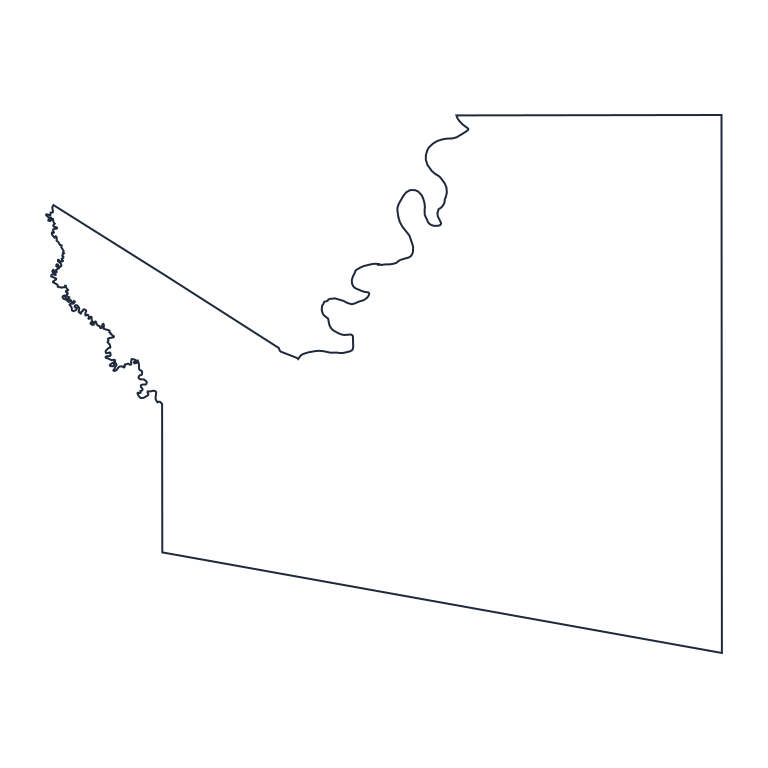 Tarapacá, Amazonas, Colombia, rotated 90°
{"feature_id": "7082276B95886697546678", "entity_name": "Tarapacá", "entity_type": "district", "adm_level": 2, "iso_a3": "COL", "parent_name": "Colombia", "parent_adm1": "Amazonas", "projection": "albers", "projection_center": [-70.159, -2.606], "detail": "fine", "context": "isolated", "style": "outline", "palette": "slate", "viewbox_px": 768, "rotation_deg": 90, "n_neighbors": 0, "source": "geoboundaries", "source_scale": "gbopen_adm2", "svg_char_len": 6163}
<svg xmlns="http://www.w3.org/2000/svg" viewBox="0 0 768 768"><g transform="rotate(90 384 384)"><path d="M552.4,605.7L653.0,46.1L115.0,46.5L115.4,311.6L117.3,311.0L120.5,309.1L124.6,305.3L128.1,300.4L128.9,299.7L129.9,299.9L131.8,302.3L137.3,311.4L138.4,315.4L138.7,321.6L139.3,325.3L140.9,330.5L143.5,334.9L147.4,339.1L150.3,340.7L155.1,342.1L159.6,342.2L164.9,340.6L171.0,336.2L173.1,333.7L173.5,333.5L175.7,329.7L177.7,327.4L183.8,323.0L187.7,321.5L192.7,321.2L197.4,322.3L198.9,323.1L202.9,323.6L206.2,325.5L207.6,326.9L209.2,329.4L213.3,330.6L216.3,330.2L222.6,327.1L223.8,327.0L224.5,327.3L225.2,328.0L225.7,329.5L225.9,334.0L224.9,336.9L223.7,338.7L222.1,340.1L219.5,341.0L216.5,342.6L214.3,343.3L209.5,343.4L207.1,343.1L203.1,343.5L198.5,344.8L195.3,346.3L191.6,349.7L190.2,352.8L190.0,356.7L190.4,358.5L192.4,361.9L196.1,364.8L203.6,369.1L207.6,370.5L210.6,370.6L216.7,369.7L221.7,368.3L226.6,365.7L235.5,358.6L245.2,355.3L247.2,354.9L251.2,355.0L253.4,355.5L256.0,357.0L257.4,359.0L260.0,368.0L262.9,371.8L263.9,375.2L264.3,377.9L264.5,384.0L265.0,386.2L264.4,388.1L264.9,388.3L264.9,389.7L264.6,390.4L264.2,390.4L264.1,388.9L263.9,390.2L263.8,392.4L264.0,395.7L266.0,404.1L267.8,408.1L270.0,411.9L271.4,412.8L273.7,413.6L275.8,414.8L279.6,416.1L281.1,416.2L283.8,415.9L286.5,414.6L288.2,412.7L291.0,406.2L291.8,403.7L292.4,399.8L293.1,399.0L294.1,398.8L296.2,399.7L297.9,401.1L300.2,404.3L301.4,408.5L303.8,414.2L304.2,416.4L303.0,420.5L300.9,424.5L298.4,432.9L298.9,438.0L299.5,439.6L300.6,440.3L301.3,441.5L301.8,443.8L304.1,444.7L305.5,445.8L309.7,446.3L312.8,445.5L315.2,444.3L318.6,439.9L324.8,438.7L327.5,437.4L329.4,435.9L330.5,434.5L333.2,429.7L334.6,426.1L335.0,423.6L334.5,417.2L335.0,416.1L336.1,415.1L346.8,414.8L349.4,415.3L350.4,416.2L351.4,418.2L352.8,424.0L353.1,427.3L352.6,431.2L352.7,437.6L351.2,444.4L350.8,448.7L351.1,452.8L352.3,459.4L354.0,464.9L355.5,467.3L359.0,469.8L358.4,470.2L357.1,473.1L351.7,487.1L350.5,488.4L348.2,489.0L347.8,489.5L274.4,604.3L205.1,714.5L206.5,715.4L207.8,715.7L211.5,715.0L212.4,715.3L212.6,717.4L215.0,717.7L215.1,718.5L214.3,721.1L214.5,721.8L215.0,721.9L217.4,719.6L217.3,717.6L217.6,717.0L218.3,717.2L219.7,719.5L220.3,719.7L220.7,719.5L221.0,717.9L220.1,716.6L218.8,715.6L219.0,715.0L222.4,714.4L223.7,713.2L225.0,714.6L225.8,714.8L226.7,713.8L227.4,711.3L228.1,710.9L228.7,711.5L228.8,713.7L229.3,714.8L230.6,714.9L232.5,714.1L232.9,714.5L232.6,716.1L233.9,716.2L235.1,715.6L237.7,713.5L237.6,712.8L236.7,712.6L236.3,712.3L236.7,711.6L238.4,711.2L240.7,711.4L242.2,709.5L244.9,708.1L245.4,706.4L247.2,706.7L251.1,704.3L252.8,705.1L253.3,704.0L255.3,705.7L255.9,705.7L256.8,704.6L257.7,704.6L258.2,705.1L258.5,706.1L258.9,706.4L259.8,706.0L260.6,705.1L261.2,705.2L261.5,705.9L261.2,708.4L259.8,709.4L259.8,709.9L260.5,710.1L261.3,710.0L262.8,707.8L263.9,707.0L265.3,706.6L266.1,706.8L266.8,707.7L266.9,708.6L264.4,710.4L264.4,711.2L265.1,711.7L266.1,711.7L267.4,710.0L268.3,709.3L269.8,711.8L270.6,711.8L271.6,711.3L272.2,711.4L272.4,712.3L272.1,712.9L269.9,714.5L270.0,715.0L270.8,715.6L271.7,715.6L272.2,715.3L273.9,712.6L274.8,712.3L275.0,712.8L274.3,714.6L274.4,715.6L275.0,716.5L276.4,716.8L278.4,712.1L279.0,711.8L279.4,711.9L281.2,714.6L281.7,715.0L282.2,715.0L284.7,710.5L285.2,710.2L286.5,710.4L287.2,709.5L287.2,707.7L287.7,706.3L287.2,705.0L287.3,703.7L286.8,703.1L285.7,702.9L285.8,702.2L286.6,702.3L288.4,701.3L290.0,699.9L290.6,700.4L291.1,702.0L291.9,701.9L292.6,700.7L293.4,700.2L293.9,700.4L294.5,701.5L295.2,701.7L297.0,699.8L297.3,698.7L297.9,698.6L299.3,700.3L299.2,701.2L295.6,703.7L296.0,704.9L296.9,705.4L297.6,705.4L298.8,704.4L299.9,701.4L301.9,699.5L301.8,698.9L300.3,698.4L300.0,697.6L300.3,697.1L302.0,696.5L302.4,695.9L302.4,695.2L301.0,694.2L301.4,693.3L302.0,693.2L303.4,694.4L303.7,695.1L303.7,697.4L304.4,698.4L305.1,698.2L306.0,697.3L307.9,696.2L309.8,696.2L310.6,695.8L311.1,694.6L310.3,692.4L309.6,691.6L308.6,691.1L307.9,691.2L307.5,692.7L306.7,693.4L305.7,693.1L305.1,691.9L305.5,690.8L307.5,689.0L308.7,688.7L311.8,689.4L313.6,687.4L313.4,686.9L311.8,686.7L310.9,685.2L309.6,684.7L309.3,683.8L309.7,682.9L310.5,681.9L311.1,681.8L313.0,682.6L315.3,682.6L315.5,682.1L314.7,680.6L314.9,680.1L316.9,678.8L318.4,679.6L318.8,679.3L318.5,678.6L316.9,677.3L316.8,676.7L317.1,676.4L318.4,676.5L320.4,676.1L322.3,675.1L322.7,675.4L322.5,677.2L323.4,677.4L324.0,677.1L324.9,675.5L324.8,674.5L321.9,673.4L321.5,672.5L322.1,671.8L323.9,671.6L325.7,670.0L326.2,668.2L327.9,667.8L328.1,667.1L327.8,666.3L324.4,665.5L324.0,664.6L324.9,664.1L328.8,664.3L330.5,658.6L331.1,658.4L332.3,658.6L332.9,657.5L334.1,657.3L334.4,656.3L335.8,655.4L336.3,654.1L336.9,654.1L337.3,654.5L338.2,659.1L339.0,660.1L340.5,659.5L341.6,660.3L342.3,660.4L344.5,658.3L347.1,657.6L347.7,657.9L347.9,659.3L350.0,661.6L351.3,662.4L352.1,662.3L352.9,662.0L353.2,661.6L353.0,659.5L352.5,658.6L352.6,657.8L354.9,657.3L356.0,658.0L356.3,661.4L356.6,662.1L357.2,662.4L358.0,661.8L358.3,660.4L360.1,656.5L359.8,653.7L360.2,653.0L360.9,652.9L361.7,653.2L364.0,657.2L365.1,658.2L365.8,658.0L366.1,657.5L366.3,655.1L365.8,654.4L363.1,653.5L362.9,653.0L363.3,652.2L365.2,651.5L366.4,652.5L368.8,653.4L370.2,654.6L370.8,654.4L370.9,653.1L370.2,651.6L367.1,649.3L366.5,648.2L366.3,646.2L367.4,644.3L367.4,643.8L366.6,643.2L365.3,643.6L364.5,643.1L364.3,641.7L363.6,640.0L364.7,638.2L364.7,637.2L364.3,636.8L361.8,636.9L359.2,636.4L358.9,636.0L359.9,632.6L360.8,632.5L362.4,634.2L363.4,633.5L362.9,631.4L360.7,630.9L360.5,630.3L364.0,629.1L369.1,628.9L370.0,628.2L370.8,626.4L372.2,625.8L374.5,626.1L375.0,626.7L375.3,628.1L376.0,628.9L377.1,629.4L378.1,629.2L379.2,628.2L379.5,623.9L381.6,621.5L382.6,621.2L383.8,621.6L384.5,622.4L384.5,625.4L385.3,627.1L387.0,627.1L388.6,625.7L389.5,625.4L390.4,625.8L391.0,627.6L391.7,627.7L392.5,627.4L392.9,627.6L393.1,628.7L392.7,630.1L393.0,630.4L393.7,630.5L395.6,629.5L397.2,628.3L398.1,627.1L397.8,624.2L395.1,619.8L393.9,619.7L392.5,620.5L391.4,620.3L391.4,617.5L390.8,615.1L390.8,613.6L391.4,612.4L392.2,611.8L398.1,612.5L399.3,612.3L401.8,611.0L402.3,610.2L401.7,609.3L401.8,608.0L404.0,605.9L552.4,605.7Z" fill="none" stroke="#1e293b" stroke-width="2"/></g></svg>